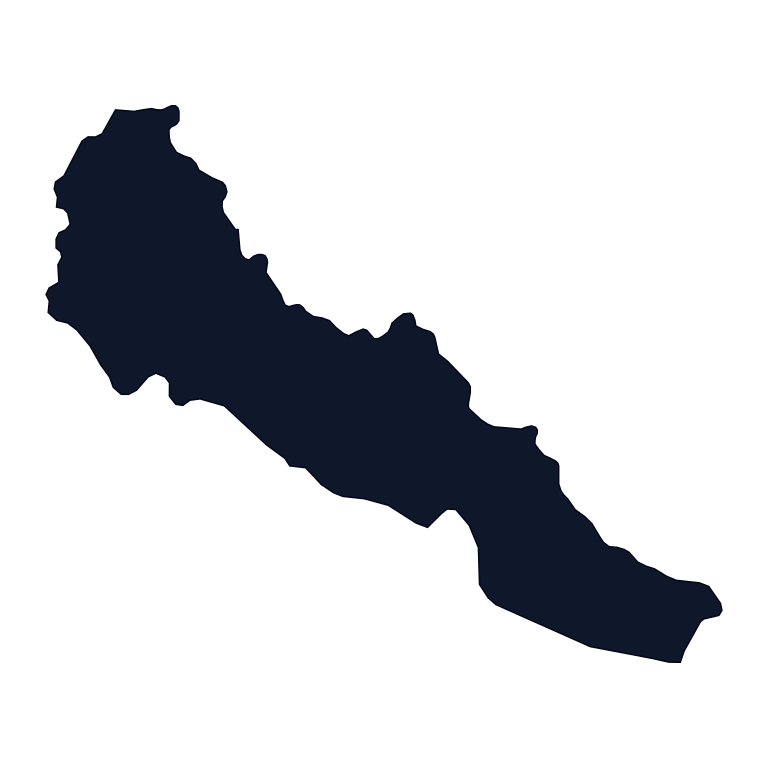 outline of Santa Lucía La Reforma, Totonicapán, Guatemala
{"feature_id": "79465075B7402563693044", "entity_name": "Santa Lucía La Reforma", "entity_type": "district", "adm_level": 2, "iso_a3": "GTM", "parent_name": "Guatemala", "parent_adm1": "Totonicapán", "projection": "albers", "projection_center": [-91.279, 15.153], "detail": "fine", "context": "isolated", "style": "filled", "palette": "ink", "viewbox_px": 768, "rotation_deg": 0, "n_neighbors": 0, "source": "geoboundaries", "source_scale": "gbopen_adm2", "svg_char_len": 2517}
<svg xmlns="http://www.w3.org/2000/svg" viewBox="0 0 768 768"><path d="M289.8,465.9L305.6,467.7L321.4,484.6L333.7,492.8L342.9,496.4L364.2,498.7L388.3,505.3L416.0,523.0L427.5,527.4L441.3,513.7L447.0,509.0L455.8,509.5L469.2,525.3L478.4,547.5L479.5,584.4L488.2,597.8L495.9,604.6L590.2,646.6L650.7,658.1L668.8,662.1L680.3,662.3L684.1,651.0L700.5,621.6L703.9,618.9L718.9,615.4L721.9,610.4L720.5,603.4L708.7,586.4L699.5,582.9L676.1,580.3L666.1,576.0L654.6,568.9L646.1,566.2L637.7,562.1L629.1,552.3L624.2,549.5L616.9,547.3L609.1,546.7L603.4,542.3L599.5,536.4L591.9,523.6L584.9,516.8L575.2,509.7L567.6,498.8L563.5,494.7L560.8,490.5L558.7,483.8L558.7,465.9L557.9,463.3L556.0,461.3L549.4,457.8L544.1,455.5L538.5,449.1L534.9,444.0L535.0,440.0L535.6,436.6L537.2,433.5L537.3,429.9L535.7,427.4L531.6,425.9L525.6,427.3L521.2,429.1L493.8,426.8L487.1,423.9L480.9,419.7L468.9,408.6L468.3,405.9L468.6,402.3L469.3,398.4L470.3,392.6L470.3,386.8L468.4,382.9L447.7,361.4L438.5,354.0L434.8,337.5L433.3,334.1L430.1,331.6L423.0,329.4L415.8,325.9L414.9,320.3L412.9,315.0L410.5,313.2L403.5,313.9L398.5,317.4L392.1,323.0L390.4,328.0L388.3,331.9L383.3,335.8L378.5,338.6L374.3,338.7L369.5,333.5L367.0,330.4L363.1,329.1L355.8,332.1L348.8,335.8L343.6,333.6L336.0,327.6L329.4,320.6L321.8,317.9L313.3,316.5L305.4,311.1L303.4,307.8L299.8,304.9L296.9,304.7L293.8,305.3L288.9,306.7L285.1,305.1L282.9,300.4L280.7,294.2L266.0,272.5L267.5,262.4L267.0,259.0L265.1,255.7L261.9,254.5L257.8,254.6L253.7,256.2L249.1,259.9L245.3,258.9L241.8,255.3L239.9,250.0L238.1,229.5L235.4,229.6L223.3,212.4L222.0,206.2L222.4,200.8L225.2,196.9L226.9,191.8L225.3,185.7L222.6,182.4L211.6,177.6L198.9,170.1L196.0,163.7L190.7,158.2L183.6,155.9L176.4,152.3L170.3,142.6L169.2,137.1L168.9,129.6L171.1,127.0L174.5,125.4L176.8,123.8L178.9,120.6L179.0,111.7L177.9,107.9L175.5,105.8L171.8,105.7L167.2,107.6L164.3,109.2L160.9,110.0L156.6,109.7L151.5,108.6L143.5,109.7L134.2,111.4L115.5,109.9L102.1,133.8L95.4,137.0L88.0,136.9L82.0,141.1L63.9,175.9L55.5,182.0L54.2,189.0L57.5,197.1L56.5,207.1L63.6,208.7L67.7,213.0L70.2,224.3L65.5,229.9L59.0,232.8L56.1,239.1L56.1,248.0L60.6,251.8L61.9,257.1L57.9,264.8L58.9,282.3L49.1,288.0L46.1,294.5L49.3,300.9L48.2,312.4L56.7,320.3L67.6,322.9L76.9,330.0L90.0,345.9L100.8,365.0L109.6,377.1L113.3,387.4L121.2,394.3L128.6,394.3L136.5,390.2L148.0,377.0L155.7,373.2L164.9,376.9L169.5,382.8L169.4,396.3L175.8,404.3L182.8,405.4L190.0,400.2L200.0,398.9L224.3,405.8L266.9,445.2L284.9,458.3L289.8,465.9Z" fill="#0f172a" stroke="#020617" stroke-width="1.5"/></svg>